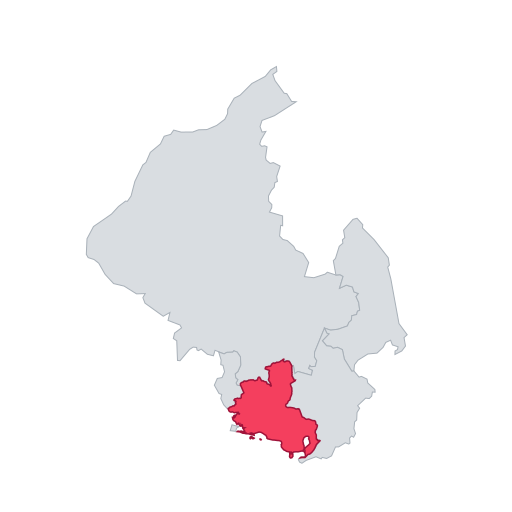 Venezuela shown with its bordering countries, rotated 195°
{"feature_id": "VEN", "entity_name": "Venezuela", "entity_type": "country or territory", "adm_level": 0, "iso_a3": "VEN", "parent_name": "South America", "parent_adm1": "", "projection": "robinson", "projection_center": [-65.797, 6.433], "detail": "fine", "context": "with_neighbors", "style": "filled", "palette": "rose", "viewbox_px": 512, "rotation_deg": 195, "n_neighbors": 5, "source": "natural_earth", "source_scale": "50m", "svg_char_len": 10381}
<svg xmlns="http://www.w3.org/2000/svg" viewBox="0 0 512 512"><g transform="rotate(195 256 256)"><path d="M285.3,444.3L283.6,439.7L286.8,435.8L283.0,430.3L270.9,420.5L268.3,420.8L261.6,414.5L257.1,415.4L274.5,396.3L285.3,388.5L285.6,382.0L282.2,377.3L278.7,378.9L281.3,369.3L281.4,364.9L278.9,363.4L276.2,364.7L273.6,364.3L272.3,353.7L271.0,351.3L266.3,349.1L263.4,350.7L256.0,349.1L256.6,338.1L254.6,333.5L256.8,331.8L256.2,327.2L258.1,323.6L259.5,317.2L257.9,312.1L254.0,309.8L253.3,306.6L254.4,301.9L240.7,301.6L238.1,292.1L240.1,292.0L238.4,281.4L234.3,278.9L229.8,279.0L222.0,275.0L219.2,272.0L211.2,270.6L203.4,263.3L203.9,248.6L194.5,250.0L184.5,256.4L182.9,258.8L173.9,258.3L169.9,259.7L166.6,258.8L167.0,246.4L161.2,251.2L154.8,251.0L152.1,246.7L147.4,246.2L148.9,242.7L144.8,237.7L141.8,230.4L143.7,228.9L143.7,225.5L148.0,223.1L147.3,218.7L149.1,215.9L149.6,212.1L157.8,206.5L164.7,203.7L171.2,204.1L174.5,178.2L173.4,173.6L170.2,170.6L170.2,164.7L174.3,163.3L175.7,164.2L176.0,161.0L171.8,160.2L171.7,155.1L185.7,155.3L188.1,152.5L191.5,159.9L192.9,158.9L196.8,163.2L202.4,162.6L203.8,160.1L212.1,156.9L213.0,153.4L218.1,151.1L217.7,149.4L211.6,148.7L210.9,138.1L207.7,136.0L209.0,135.3L220.1,138.3L222.1,136.4L235.4,132.1L238.0,129.0L237.0,126.7L240.8,126.3L242.4,128.2L241.5,131.8L244.0,133.0L245.6,136.8L243.6,139.7L242.5,146.6L244.9,154.5L249.3,158.3L252.9,158.7L253.6,157.1L259.2,155.4L261.5,153.2L271.2,154.3L271.3,148.6L277.6,148.5L284.9,151.9L287.1,149.7L288.7,150.0L289.7,152.3L293.1,151.7L295.9,148.7L302.3,135.2L304.8,134.8L310.6,153.6L314.5,154.9L314.7,160.5L309.3,167.3L311.6,169.7L324.3,171.0L324.5,179.2L330.0,173.8L351.0,181.7L354.5,186.5L353.3,191.0L361.6,188.5L375.6,192.8L386.4,192.5L397.0,199.2L406.1,208.4L411.6,210.7L417.7,211.0L420.3,213.6L423.7,228.9L420.6,242.4L406.4,259.1L401.6,268.3L396.2,275.3L394.4,275.5L392.2,281.5L392.3,296.8L388.9,314.7L386.5,317.9L384.9,328.8L377.3,339.5L375.7,347.9L369.9,351.4L368.1,356.3L360.4,356.3L349.2,359.4L344.2,363.0L336.2,365.4L327.8,371.9L321.5,380.0L320.3,386.1L321.3,390.6L317.9,402.8L312.9,407.3L304.6,421.6L293.5,431.9L290.0,439.6L285.3,444.3Z" fill="#d9dde1" stroke="#a8b0b8" stroke-width="1"/><path d="M171.2,204.1L164.7,203.7L157.8,206.5L149.6,212.1L149.1,215.9L147.3,218.7L148.0,223.1L143.7,225.5L143.7,228.9L141.8,230.4L144.8,237.7L148.9,242.7L147.4,246.2L152.1,246.7L154.8,251.0L161.2,251.2L167.0,246.4L166.6,258.8L169.9,259.7L173.9,258.3L180.1,271.5L178.6,274.2L178.1,286.9L175.4,290.9L176.7,294.0L175.0,296.7L178.1,303.6L171.8,316.5L168.2,318.6L161.0,313.9L160.4,310.6L146.2,302.4L127.8,288.5L124.8,281.7L125.9,279.4L119.8,268.7L100.4,227.7L89.6,219.1L91.9,215.5L88.3,207.7L90.6,202.0L96.3,196.8L97.1,200.2L95.1,202.2L95.3,205.1L101.2,205.4L104.2,209.5L108.3,206.1L109.6,200.6L114.0,193.5L122.6,190.3L130.5,181.8L132.7,176.5L131.7,170.3L133.6,169.5L144.0,179.3L148.3,187.9L153.6,188.9L157.6,186.8L160.2,188.2L164.5,187.5L170.0,191.3L165.4,199.6L167.6,199.8L171.2,204.1Z" fill="#d9dde1" stroke="#a8b0b8" stroke-width="1"/><path d="M192.9,158.9L191.5,159.9L188.1,152.5L185.7,155.3L171.7,155.1L171.8,160.2L176.0,161.0L175.7,164.2L174.3,163.3L170.2,164.7L170.2,170.6L173.4,173.6L174.5,178.2L171.2,204.1L167.6,199.8L165.4,199.6L170.0,191.3L164.5,187.5L160.2,188.2L157.6,186.8L153.6,188.9L148.3,187.9L144.0,179.3L133.6,169.5L131.7,170.3L125.1,165.7L123.0,167.0L116.9,165.8L115.2,162.3L106.6,157.8L105.7,155.3L108.4,154.7L108.0,150.6L109.7,147.6L113.3,147.1L119.1,137.7L116.5,135.8L117.9,131.0L116.3,123.6L117.8,121.4L116.7,114.5L113.9,110.2L114.8,106.2L117.1,106.8L118.5,104.4L116.8,99.6L117.7,98.4L121.4,98.7L126.8,93.0L129.8,92.1L131.3,82.5L135.4,78.7L139.9,78.6L140.5,76.9L146.1,77.6L154.6,71.6L158.0,67.7L160.6,68.2L162.4,70.3L161.0,73.1L156.4,74.4L154.6,78.5L149.7,83.9L146.8,94.5L150.5,95.0L153.0,100.6L152.9,108.6L154.7,109.2L156.4,112.1L165.6,111.3L169.8,112.3L174.8,119.4L187.0,118.0L189.5,119.4L186.6,126.5L186.0,132.4L189.8,142.0L186.1,146.1L190.7,150.7L192.9,158.9Z" fill="#d9dde1" stroke="#a8b0b8" stroke-width="1"/><path d="M267.2,153.6L261.5,153.2L259.2,155.4L253.6,157.1L252.9,158.7L249.3,158.3L244.9,154.5L242.5,146.6L243.6,139.7L245.6,136.8L244.0,133.0L241.5,131.8L242.4,128.2L240.8,126.3L237.0,126.7L232.1,120.5L234.1,118.3L233.9,114.5L240.1,111.7L237.7,108.6L238.3,105.7L243.9,100.9L248.7,103.9L253.1,109.2L253.3,113.4L256.1,113.6L262.8,120.4L261.7,127.7L257.3,129.8L256.4,136.0L259.6,141.9L261.9,141.9L262.8,146.5L267.2,153.6Z" fill="#d9dde1" stroke="#a8b0b8" stroke-width="1"/><path d="M230.1,81.4L235.7,80.6L235.5,86.7L228.2,86.8L230.3,84.6L230.1,81.4Z" fill="#d9dde1" stroke="#a8b0b8" stroke-width="1"/><path d="M242.1,99.4L243.4,101.4L243.4,101.6L243.3,101.8L242.5,102.3L242.3,102.5L242.0,103.4L240.9,103.9L240.2,104.5L239.5,105.3L238.5,105.4L238.2,105.7L237.8,106.7L237.6,107.2L237.1,107.6L237.1,107.9L237.8,109.1L237.9,109.4L237.7,109.9L237.7,110.3L238.1,110.7L238.5,110.8L238.9,110.7L239.4,110.7L239.8,110.8L239.9,111.3L239.7,112.0L239.4,112.5L238.0,113.2L237.1,113.9L236.4,113.7L236.0,113.8L235.5,114.2L234.3,114.4L234.0,114.5L233.8,114.9L233.6,115.4L234.0,116.5L234.0,117.0L234.2,118.4L233.9,118.7L233.5,119.1L232.9,119.8L232.3,120.7L232.4,120.9L237.0,126.7L237.5,127.0L238.0,128.4L238.0,128.7L237.8,129.2L237.4,129.7L237.0,130.2L235.8,130.9L235.4,131.8L235.1,132.1L234.4,132.4L233.1,132.3L232.5,132.9L231.7,133.2L231.1,134.1L229.2,134.9L227.3,135.4L226.8,135.7L225.0,135.2L224.5,135.3L223.5,136.1L223.1,136.1L222.8,136.3L222.6,137.0L222.4,139.1L221.8,139.8L221.0,139.8L220.4,139.0L219.8,138.5L218.6,137.1L218.3,136.9L218.0,136.9L216.9,137.3L216.0,136.9L213.4,137.0L213.0,136.7L212.7,135.9L212.2,135.4L211.7,135.3L209.4,135.3L209.1,135.2L208.8,134.5L208.3,134.2L207.9,134.2L207.7,134.6L208.5,135.7L208.7,136.4L209.5,137.3L211.6,139.2L212.0,139.8L211.9,141.8L212.0,142.9L212.5,144.6L213.3,146.2L213.5,147.3L213.3,148.1L213.2,148.5L213.4,148.8L214.1,149.1L215.6,149.2L216.5,149.2L217.9,149.4L218.0,150.0L217.9,151.0L217.6,151.5L217.4,151.7L216.6,151.8L215.8,152.4L214.7,153.0L214.0,153.0L213.5,153.3L213.3,153.5L213.1,154.6L212.7,155.9L212.1,156.6L211.4,157.2L210.6,157.3L210.1,157.2L209.8,157.4L208.7,158.5L208.3,158.9L207.7,158.8L207.0,159.1L206.2,159.6L205.6,160.0L205.1,160.7L204.5,161.5L203.8,162.0L202.9,163.4L202.4,163.5L202.3,163.0L202.6,162.2L202.3,161.5L201.7,161.2L201.2,161.1L200.5,161.4L199.2,162.5L198.7,162.7L197.0,162.9L196.7,162.8L196.1,162.4L192.9,159.1L192.7,158.6L192.8,158.0L192.5,157.2L192.3,156.3L192.1,156.0L192.0,155.4L191.3,153.3L191.0,152.8L191.1,152.4L191.0,151.9L190.8,151.6L190.4,150.5L190.5,150.1L190.4,149.6L189.7,148.9L189.1,148.2L188.5,147.5L187.9,147.1L187.7,146.5L187.5,146.3L187.2,146.2L186.4,146.0L185.8,146.3L185.8,145.8L186.0,145.5L188.3,143.1L189.4,142.0L189.5,141.8L189.7,141.2L188.4,139.0L187.6,138.3L187.2,137.6L186.7,135.8L186.3,134.8L186.2,134.2L186.2,133.4L186.1,132.8L185.8,132.3L185.8,131.0L186.1,128.9L186.2,127.2L186.0,126.1L186.3,125.3L187.0,124.7L187.4,123.8L187.4,122.5L187.8,121.5L188.6,120.7L188.8,120.0L188.6,119.2L188.5,118.7L187.9,118.2L186.8,117.8L185.8,117.8L185.2,118.2L183.8,118.6L181.4,118.9L179.5,118.9L178.1,118.5L177.0,118.7L176.2,119.2L175.7,119.4L175.4,119.0L175.0,119.0L174.5,119.2L172.3,116.1L169.8,112.5L169.5,112.4L168.5,112.4L167.7,112.2L166.6,111.7L165.7,111.3L165.1,111.3L164.6,111.4L163.2,112.1L162.3,112.1L161.7,112.1L160.0,111.8L158.8,111.7L156.8,112.1L156.0,111.7L155.5,111.2L154.6,109.0L153.3,108.6L152.9,108.3L152.7,107.7L152.7,107.0L152.9,104.1L153.5,103.2L153.3,101.5L153.1,100.7L151.4,98.7L150.4,94.8L150.0,94.6L149.7,94.7L149.3,94.6L148.9,93.8L148.6,93.6L147.6,94.1L146.6,94.3L146.3,94.1L146.4,93.9L147.4,92.1L148.5,90.3L148.9,89.3L149.4,86.0L150.0,83.6L150.9,81.6L151.3,80.7L152.5,79.0L153.0,78.5L154.4,77.8L156.2,74.5L156.5,74.0L159.6,73.1L161.1,72.4L160.9,72.8L160.4,73.3L159.9,73.6L157.2,74.3L156.5,74.8L156.5,75.5L156.6,76.0L157.4,77.9L157.7,78.3L158.8,79.3L158.5,79.4L158.1,79.5L158.4,80.8L159.1,81.6L159.1,82.2L158.6,83.9L157.7,85.0L157.0,86.2L156.5,86.7L155.3,89.1L156.2,90.5L156.3,91.2L157.1,92.2L157.5,92.6L157.9,93.0L157.7,93.7L158.0,94.6L158.4,95.1L158.9,95.3L159.5,95.3L161.2,94.7L161.6,94.4L161.8,93.9L162.7,92.9L162.8,91.5L162.9,90.0L162.7,88.9L161.8,87.4L161.5,86.4L160.6,85.4L160.0,83.7L159.8,83.2L159.5,81.2L160.1,80.8L160.0,79.7L161.5,79.4L164.7,77.7L166.6,77.3L168.9,76.4L169.4,75.9L169.9,75.2L170.2,75.1L171.4,75.8L171.9,75.5L172.2,75.0L171.9,73.9L171.2,73.9L169.2,74.3L169.0,73.9L169.0,73.5L168.5,72.2L169.1,70.5L169.7,70.1L170.5,69.8L171.2,70.3L171.6,70.8L171.8,71.3L171.9,72.6L172.3,73.9L172.6,74.8L173.2,75.5L173.6,75.5L173.9,75.3L176.0,75.2L177.3,75.7L178.9,75.9L180.4,76.9L182.0,78.1L182.4,79.0L182.5,79.8L182.9,80.4L182.5,81.0L182.7,81.9L183.2,82.9L183.8,83.5L185.8,83.7L187.8,83.3L191.0,82.9L192.1,82.6L197.4,82.4L198.4,82.9L198.5,83.7L200.2,85.5L201.6,85.7L202.8,86.3L204.1,86.6L205.4,87.0L206.2,86.9L206.7,86.8L207.4,86.8L212.1,83.8L214.7,83.9L215.4,83.5L214.5,83.0L212.4,82.8L211.7,83.1L211.4,82.4L212.0,82.4L214.4,82.2L217.1,82.3L219.3,81.8L220.4,81.7L221.0,81.8L222.8,81.4L226.1,81.9L228.7,81.5L228.4,82.0L227.5,82.3L226.1,82.4L225.1,83.1L222.8,83.0L221.3,83.2L221.8,83.4L221.8,84.2L222.0,84.3L222.8,84.8L222.9,85.2L223.1,85.9L222.9,86.7L222.5,87.1L223.2,87.0L223.5,86.6L223.5,86.2L223.5,85.8L223.9,85.9L224.1,86.1L225.0,88.2L225.5,89.3L225.8,89.2L226.0,89.0L226.2,88.5L226.5,88.8L226.7,89.0L226.6,88.5L226.8,87.9L226.7,87.7L227.0,87.7L227.3,87.8L227.7,87.9L228.5,88.6L229.0,89.3L229.0,89.7L229.2,90.0L229.6,90.2L229.7,90.6L229.8,90.0L229.6,89.6L229.5,89.1L230.5,89.1L230.8,88.4L231.3,88.8L232.8,90.6L233.3,90.8L234.9,91.2L235.9,92.0L236.5,92.8L236.2,93.6L235.2,94.0L234.9,94.5L234.6,94.9L234.6,95.4L234.4,96.0L234.1,97.0L233.8,98.0L233.3,99.0L230.6,99.0L231.9,99.7L232.9,100.5L233.6,99.9L234.8,99.8L236.0,99.1L236.5,99.0L238.7,99.4L239.3,98.9L239.8,98.7L241.0,98.8L242.1,99.4ZM214.6,78.3L214.8,79.4L214.7,79.6L214.1,80.3L213.1,80.4L212.8,80.2L212.3,79.7L211.9,79.9L210.9,79.7L210.6,79.6L211.0,79.0L212.0,78.7L212.2,79.1L212.7,79.4L213.3,79.4L213.4,78.9L214.2,78.0L214.6,78.3ZM235.6,96.5L234.6,97.0L234.5,96.1L234.7,95.9L235.6,95.1L235.8,95.3L235.7,95.5L236.1,95.7L236.0,96.1L235.6,96.5ZM204.8,80.2L204.4,80.4L203.7,80.2L203.4,79.9L203.6,79.6L204.2,79.6L204.7,80.0L204.8,80.2ZM236.3,94.6L235.4,94.9L235.5,94.6L235.7,94.3L236.1,94.1L236.3,94.0L236.6,93.9L236.9,94.1L236.5,94.3L236.3,94.6Z" fill="#f43f5e" stroke="#9f1239" stroke-width="1.5"/></g></svg>